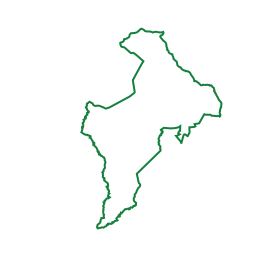 Chapadão do Sul, Mato Grosso do Sul, Brazil, rotated 41°
{"feature_id": "56859067B12319003273376", "entity_name": "Chapadão do Sul", "entity_type": "district", "adm_level": 2, "iso_a3": "BRA", "parent_name": "Brazil", "parent_adm1": "Mato Grosso do Sul", "projection": "orthographic", "projection_center": [-52.689, -19.082], "detail": "fine", "context": "isolated", "style": "outline", "palette": "green", "viewbox_px": 256, "rotation_deg": 41, "n_neighbors": 0, "source": "geoboundaries", "source_scale": "gbopen_adm2", "svg_char_len": 5856}
<svg xmlns="http://www.w3.org/2000/svg" viewBox="0 0 256 256"><g transform="rotate(41 128 128)"><path d="M170.0,223.4L171.0,223.6L171.5,223.1L171.7,222.6L172.3,221.7L172.9,221.2L173.3,220.4L173.9,219.7L174.9,219.2L175.3,217.5L175.8,216.6L175.9,215.8L175.6,215.0L176.0,214.2L175.6,213.5L176.1,213.0L176.5,213.4L176.7,212.3L177.7,211.8L178.3,211.3L178.6,210.6L178.2,210.0L178.0,209.3L179.1,208.9L179.0,207.8L179.0,207.0L179.6,206.3L179.9,205.6L180.5,205.1L180.6,204.6L179.7,204.7L179.1,204.2L178.6,203.9L178.7,203.3L178.5,202.7L178.7,202.0L178.5,201.1L179.3,200.7L179.8,200.1L179.2,199.4L178.3,199.2L178.7,198.3L178.2,196.6L179.1,196.6L179.1,194.2L178.9,193.6L179.1,192.6L179.1,191.1L179.7,190.8L180.8,189.0L181.3,188.7L182.1,188.8L182.5,188.1L181.7,187.6L182.0,187.0L182.1,186.2L182.7,185.7L183.4,185.4L183.6,184.6L183.2,183.2L184.3,182.2L184.6,181.3L184.1,180.9L184.0,180.0L183.4,179.5L182.9,179.1L181.2,179.3L180.0,178.9L179.1,178.1L178.4,177.0L178.2,175.3L176.9,174.2L176.7,173.7L176.6,173.0L176.7,172.1L176.5,171.3L175.7,169.1L175.1,166.6L175.3,165.0L175.2,164.3L175.0,163.6L174.6,163.0L174.1,162.6L172.2,162.4L164.7,156.8L167.4,123.8L167.0,123.2L166.4,122.7L165.8,122.6L165.6,122.0L164.5,120.7L162.0,120.2L161.9,119.5L160.5,119.0L160.2,118.3L160.3,117.5L159.9,117.0L159.1,116.9L158.0,115.9L157.5,113.8L157.1,113.2L156.9,112.6L157.4,112.1L157.7,111.5L156.6,110.3L157.2,109.2L156.8,108.4L156.2,108.4L156.1,107.8L155.4,107.8L154.7,108.1L154.0,107.8L154.9,104.4L159.1,101.3L159.9,100.8L163.3,97.5L165.4,94.8L165.7,94.2L166.2,92.3L169.2,96.0L168.8,96.8L169.3,99.0L170.6,98.9L171.2,98.8L170.0,101.9L169.5,102.4L170.8,102.7L176.4,103.6L177.2,103.9L178.4,104.8L174.8,97.3L174.7,95.8L176.3,95.1L177.6,95.2L178.4,94.9L177.3,90.8L175.0,88.5L173.9,87.2L177.0,84.1L177.8,82.5L175.7,81.4L178.6,77.8L176.5,67.6L178.0,67.0L181.0,64.3L181.7,63.9L183.1,63.8L183.8,63.4L184.5,62.7L185.2,62.1L186.1,61.7L187.6,60.5L187.9,59.8L188.9,59.1L189.7,59.2L189.7,58.2L189.0,57.4L187.5,56.7L187.1,56.3L186.2,54.7L185.6,54.1L185.2,52.9L184.6,51.9L184.7,51.2L184.2,50.7L182.5,48.2L181.5,47.6L180.9,47.6L177.4,46.9L175.8,46.0L175.1,45.9L173.5,45.4L171.8,44.5L171.1,44.6L170.5,43.9L168.7,43.7L168.6,42.9L167.2,42.0L166.6,41.5L165.6,41.5L164.9,41.7L164.0,41.2L162.8,41.3L162.2,42.2L161.3,42.1L160.9,42.6L160.2,42.9L159.6,43.2L157.6,45.3L156.2,46.1L155.9,47.0L155.5,47.5L154.9,47.9L151.5,47.7L150.6,48.0L149.3,47.9L148.1,48.2L147.6,49.0L147.1,49.1L146.7,48.5L145.2,47.6L143.4,47.1L140.8,46.5L138.8,45.7L137.9,45.6L136.5,45.7L136.0,46.2L134.9,46.5L134.3,47.2L133.5,47.2L133.0,47.6L131.5,48.1L129.7,48.3L128.2,47.7L127.0,48.2L125.1,48.4L124.1,48.2L121.5,46.1L120.8,46.0L117.3,46.0L116.7,45.8L116.2,45.1L113.9,44.0L113.1,43.3L112.5,43.7L111.1,44.1L109.6,44.3L108.7,44.0L107.8,43.2L106.6,43.2L105.9,43.3L105.4,42.1L104.2,41.6L103.1,41.0L102.6,40.1L101.0,39.1L100.0,38.8L97.0,38.9L93.1,38.2L92.3,37.8L92.1,37.3L92.1,36.7L92.9,35.3L92.8,33.7L92.2,32.7L91.4,32.4L91.0,33.4L90.6,33.9L88.9,35.3L86.2,36.9L85.4,37.6L84.0,39.7L83.2,39.8L81.7,40.5L78.3,43.2L77.6,43.5L76.9,43.7L76.0,43.5L75.1,43.6L73.1,44.2L72.6,45.0L72.2,49.0L71.9,50.0L70.8,51.8L69.3,53.3L69.0,53.8L68.0,54.6L68.1,56.4L68.5,57.4L69.0,58.1L69.1,58.8L68.5,61.1L68.0,61.7L67.9,62.3L67.6,62.9L66.9,63.2L67.0,63.8L67.8,65.5L67.6,66.1L67.4,66.6L67.2,67.3L66.7,67.7L66.4,68.4L66.3,68.9L67.0,69.3L67.4,70.0L68.2,70.3L69.4,70.9L70.0,70.8L72.5,69.5L80.7,69.6L81.4,69.2L82.0,68.5L82.7,67.9L83.7,67.6L84.3,67.5L85.0,67.6L86.4,67.4L95.8,67.5L96.5,71.7L100.1,88.0L100.4,88.8L100.9,89.3L109.4,96.4L109.7,97.1L109.5,98.5L108.5,103.5L100.4,124.9L100.0,125.4L99.7,126.1L99.0,127.3L98.4,127.9L97.9,128.2L95.9,128.6L94.9,128.9L94.1,129.3L92.3,129.8L91.6,130.2L90.5,130.9L89.5,132.2L88.4,133.1L87.4,133.3L86.4,133.3L85.1,132.7L83.1,133.2L81.9,133.3L81.6,134.0L81.4,135.6L81.1,136.1L81.1,136.8L81.7,137.5L82.3,137.9L82.6,140.0L83.2,140.3L84.0,140.1L84.7,140.8L85.3,141.0L85.9,141.3L86.7,141.5L87.4,141.2L88.0,141.7L87.9,142.7L87.3,143.4L87.9,143.9L88.0,144.6L88.6,144.8L88.4,145.3L88.2,147.3L89.0,147.4L89.6,147.8L89.8,148.6L88.9,148.8L89.3,149.7L89.4,150.3L89.2,151.0L90.0,151.1L90.3,152.0L90.8,152.8L90.5,153.7L90.9,154.5L91.6,154.6L92.1,154.9L93.1,156.2L93.5,157.1L92.7,157.4L93.3,158.2L94.1,158.6L94.6,159.2L95.6,161.8L97.5,161.6L100.2,161.1L100.9,160.6L101.3,160.0L101.9,159.8L102.5,159.9L103.1,159.4L103.8,159.4L104.2,159.0L105.2,158.8L105.5,160.2L105.9,159.8L106.6,160.2L107.5,160.3L108.2,160.7L109.8,161.0L110.7,161.7L111.5,162.1L111.4,161.5L112.3,161.4L113.0,162.1L112.7,162.7L112.9,163.5L113.4,163.3L114.0,163.2L114.6,163.5L115.2,163.6L115.9,163.5L116.8,163.5L119.7,164.7L120.1,165.5L120.9,165.8L121.3,165.1L123.3,166.0L123.0,166.8L123.5,167.1L124.2,166.8L124.6,166.3L125.4,166.4L126.1,166.7L127.2,166.2L128.7,166.3L129.4,166.0L130.1,166.4L130.7,166.6L131.6,167.7L132.4,167.9L133.4,168.6L133.8,169.1L133.9,170.0L134.5,170.8L134.9,171.5L136.8,173.2L136.9,175.2L137.3,176.1L137.9,176.6L137.7,177.3L137.7,178.3L138.9,178.6L139.3,179.4L139.7,179.9L140.3,180.2L141.0,181.4L141.6,181.7L142.4,181.7L143.1,181.3L144.0,182.2L143.9,182.8L144.7,183.2L146.0,183.1L147.1,183.0L148.9,183.0L149.5,183.3L151.0,184.7L150.9,185.3L150.3,186.3L151.0,186.7L151.9,186.3L152.6,187.1L153.0,187.7L153.8,187.4L154.7,187.8L155.5,188.5L155.6,189.3L156.2,189.8L156.9,189.8L156.7,190.4L157.0,191.1L157.2,192.0L157.5,192.5L158.3,192.6L159.0,192.3L159.8,192.2L159.7,192.8L159.0,193.1L159.2,194.1L158.7,194.3L158.1,195.4L158.4,196.8L158.1,197.5L158.1,198.4L158.8,198.8L158.3,200.1L159.8,200.8L160.1,201.8L160.2,202.4L160.5,203.2L161.1,203.3L161.9,203.9L162.0,204.6L162.6,205.3L163.3,205.8L163.3,206.4L164.8,208.1L166.1,209.1L166.9,209.2L167.2,210.3L168.9,211.5L168.5,212.1L167.0,213.4L167.5,213.9L167.6,214.8L168.3,216.6L168.8,216.9L169.1,217.8L169.0,218.8L168.6,220.2L168.6,221.3L169.3,222.1L169.5,222.9L170.0,223.4Z" fill="none" stroke="#15803d" stroke-width="2"/></g></svg>